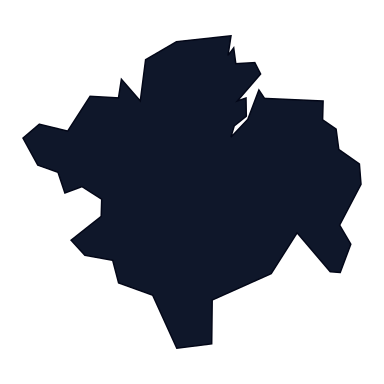 map outline of Sumatera Selatan (Natural Earth projection)
{"feature_id": "IDN-1230", "entity_name": "Sumatera Selatan", "entity_type": "Province", "adm_level": 1, "iso_a3": "IDN", "parent_name": "Indonesia", "parent_adm1": "", "projection": "natural_earth1", "projection_center": [104.141, -3.318], "detail": "coarse", "context": "isolated", "style": "filled", "palette": "ink", "viewbox_px": 384, "rotation_deg": 0, "n_neighbors": 0, "source": "natural_earth", "source_scale": "10m", "svg_char_len": 707}
<svg xmlns="http://www.w3.org/2000/svg" viewBox="0 0 384 384"><path d="M231.0,35.8L228.0,55.5L233.7,47.9L235.8,63.7L254.8,62.6L260.6,74.0L237.3,101.0L246.0,98.0L246.3,116.2L234.2,125.9L230.9,137.2L247.8,119.4L258.9,90.0L264.5,98.4L323.1,101.0L322.6,119.8L336.1,129.1L338.8,149.5L359.4,164.0L361.0,184.3L339.6,225.1L350.8,244.2L340.2,272.5L330.2,271.7L297.1,232.8L271.2,273.6L212.2,300.0L211.7,343.8L176.8,348.2L152.7,295.2L118.6,282.9L112.7,260.3L84.9,255.3L71.1,240.2L101.2,216.4L101.7,199.2L82.0,186.6L64.9,193.0L58.0,172.3L37.8,165.1L23.0,138.1L39.3,124.2L67.7,131.1L90.1,96.3L118.5,97.9L121.4,79.3L140.3,101.0L145.6,59.7L176.5,41.7L231.0,35.8Z" fill="#0f172a" stroke="#020617" stroke-width="1.5"/></svg>